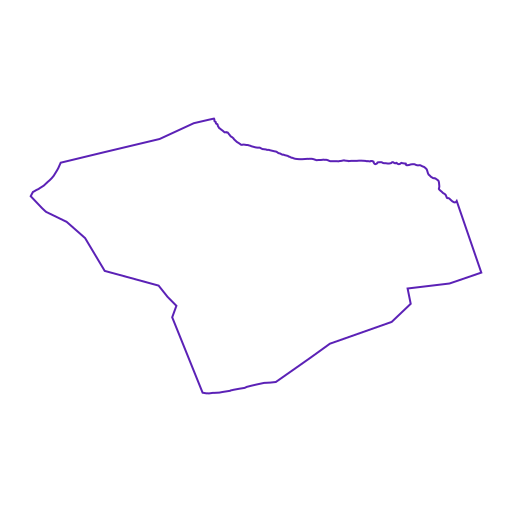 outline of Xo'xmorit, Govi-Altay, Mongolia
{"feature_id": "93677404B45004975907355", "entity_name": "Xo'xmorit", "entity_type": "district", "adm_level": 2, "iso_a3": "MNG", "parent_name": "Mongolia", "parent_adm1": "Govi-Altay", "projection": "natural_earth1", "projection_center": [94.596, 47.393], "detail": "fine", "context": "isolated", "style": "outline", "palette": "violet", "viewbox_px": 512, "rotation_deg": 0, "n_neighbors": 0, "source": "geoboundaries", "source_scale": "gbopen_adm2", "svg_char_len": 5996}
<svg xmlns="http://www.w3.org/2000/svg" viewBox="0 0 512 512"><path d="M456.7,201.0L456.5,201.3L456.1,201.8L455.8,202.1L455.3,202.3L454.9,202.3L454.5,202.4L454.1,202.3L453.9,202.2L453.5,202.0L452.8,201.6L452.2,201.2L451.7,200.8L451.3,200.4L450.7,199.9L450.2,199.4L449.8,199.0L449.2,198.5L448.7,198.2L448.4,198.1L448.1,198.1L447.8,198.1L447.4,198.1L447.1,198.0L446.9,197.8L446.8,197.7L446.7,197.5L446.7,197.3L446.3,196.4L445.8,195.3L445.6,194.8L444.9,194.2L444.6,193.9L443.3,193.2L442.8,192.8L442.0,192.0L441.6,191.6L440.7,190.9L439.5,189.8L439.1,189.3L438.9,189.0L438.9,188.6L439.1,187.8L439.3,186.8L439.3,186.4L439.3,186.1L439.0,182.8L438.8,181.8L438.7,181.4L438.5,180.9L438.3,180.6L437.9,180.3L437.6,180.0L437.0,179.6L435.6,178.6L435.1,178.3L434.9,178.3L434.6,178.3L434.5,178.2L434.1,178.3L433.7,178.2L433.2,178.1L432.7,177.9L432.4,177.7L431.8,177.3L430.8,176.7L430.4,176.2L429.5,175.3L428.7,174.7L428.0,173.4L427.4,171.4L427.0,170.1L426.6,169.2L426.1,168.7L425.5,168.1L424.8,167.5L424.0,166.9L423.1,166.6L422.4,166.3L421.7,166.0L421.0,165.6L420.4,165.3L419.8,165.2L419.4,165.2L418.7,165.3L418.1,165.3L417.5,165.3L416.5,165.1L415.7,164.8L415.1,164.5L414.6,164.3L414.1,164.2L412.6,164.2L411.7,164.3L410.8,164.4L409.0,165.0L408.3,165.1L407.6,165.2L407.1,165.2L406.6,165.2L406.3,165.0L405.8,164.6L405.8,164.2L405.8,163.8L405.8,163.6L405.5,163.5L404.7,163.5L403.1,163.3L401.6,163.0L401.4,162.9L401.2,163.0L400.7,163.3L400.3,163.7L399.6,164.0L399.2,164.1L398.8,164.1L398.3,164.1L397.4,163.7L397.0,163.4L396.7,162.9L396.4,162.8L396.1,162.9L395.7,163.2L395.3,163.3L394.8,163.2L394.5,163.1L394.0,162.8L393.6,162.6L393.3,162.3L392.8,162.2L392.3,162.2L392.0,162.3L391.4,162.9L391.1,163.1L390.7,163.2L389.9,163.4L389.2,163.5L388.6,163.5L387.6,163.5L386.3,163.3L385.5,163.2L384.1,163.2L383.5,163.1L382.8,162.9L382.2,162.5L381.3,162.2L380.7,162.2L380.0,162.2L378.4,162.3L378.0,162.3L377.6,162.5L377.4,162.6L377.3,162.8L377.2,163.2L376.9,163.5L376.5,163.7L376.1,163.9L375.6,164.1L375.2,164.1L374.9,164.0L374.6,163.8L374.2,163.4L373.9,162.9L373.6,162.3L373.5,161.6L373.3,161.5L373.0,161.5L372.9,161.4L372.5,161.1L372.3,161.1L371.3,161.0L371.0,161.0L370.8,161.0L370.6,161.1L370.4,161.3L370.2,161.4L369.9,161.4L369.5,161.4L368.7,161.2L368.3,161.2L367.4,161.2L367.2,161.1L366.7,161.2L366.4,161.1L366.2,161.1L365.3,160.9L364.7,160.9L364.0,160.8L361.9,160.7L360.1,160.7L358.7,160.7L357.5,160.8L356.6,160.9L355.9,160.9L355.0,160.9L354.4,160.9L352.7,160.9L351.0,160.9L349.6,161.0L348.8,161.1L348.4,161.1L348.1,161.0L348.0,160.9L347.7,160.9L347.0,160.8L346.7,160.8L346.1,160.7L344.9,160.6L344.4,160.4L343.8,160.4L343.4,160.4L343.0,160.5L342.2,160.7L341.2,160.9L340.4,161.0L340.0,161.0L339.3,161.1L339.0,161.2L338.7,161.3L338.3,161.3L336.7,161.2L335.6,161.2L334.8,161.2L333.4,161.2L332.8,161.2L331.9,161.2L330.3,161.2L329.6,161.0L329.2,160.9L328.4,160.4L328.0,160.3L327.6,160.2L327.2,160.0L326.3,159.8L324.3,159.8L323.6,159.7L323.1,159.7L321.8,159.9L320.4,160.0L318.6,160.0L317.5,160.1L317.1,160.1L316.8,160.2L316.5,160.1L316.1,160.1L315.7,159.9L315.2,159.7L314.6,159.6L314.0,159.3L313.6,159.2L312.3,158.9L311.6,158.8L311.4,158.8L310.4,158.8L309.3,158.8L308.2,158.9L307.2,158.8L306.5,158.9L305.0,159.0L302.2,159.2L301.4,159.2L300.7,159.2L299.9,159.2L298.1,159.1L296.1,158.9L295.3,158.8L294.5,158.6L293.9,158.4L293.3,158.2L292.9,158.0L292.5,157.8L292.0,157.8L291.5,157.7L290.9,157.4L290.6,157.3L290.2,157.1L289.8,156.8L289.5,156.7L288.8,156.6L288.5,156.4L288.3,156.3L288.1,156.1L287.8,155.9L287.4,155.8L287.0,155.7L286.5,155.6L285.8,155.4L285.2,155.3L284.3,155.0L283.6,154.7L283.2,154.7L282.8,154.7L282.5,154.7L282.2,154.6L281.8,154.4L281.2,154.1L280.7,153.8L280.4,153.6L280.0,153.5L279.7,153.4L279.0,153.3L278.1,152.9L277.7,152.6L277.2,152.2L276.7,151.9L276.4,151.7L275.9,151.6L275.1,151.4L274.4,151.3L273.2,151.0L270.2,150.3L269.5,150.1L269.0,149.9L268.6,149.9L268.1,149.9L267.2,149.9L266.8,149.8L265.8,149.4L265.4,149.4L264.5,149.3L264.0,149.2L263.0,149.1L262.7,149.1L262.3,149.0L262.1,148.9L261.4,148.5L260.7,148.2L260.1,147.8L259.8,147.7L259.5,147.7L259.1,147.6L257.9,147.7L257.5,147.6L257.1,147.6L256.4,147.5L255.2,147.3L254.2,147.0L252.7,146.6L251.9,146.4L251.2,146.2L250.5,145.8L249.7,145.6L248.9,145.4L248.1,145.1L247.2,145.0L246.4,145.0L245.3,144.8L244.6,144.7L243.8,144.6L243.4,144.6L243.0,144.6L242.2,144.8L241.9,144.8L241.5,144.8L241.0,144.7L240.7,144.5L240.1,144.0L239.5,143.6L238.5,142.9L238.1,142.7L237.0,142.0L236.8,141.9L236.5,141.6L236.2,141.3L235.3,140.5L234.6,139.8L234.1,139.4L233.8,139.0L233.6,138.5L233.3,138.2L233.0,138.0L232.7,137.7L232.3,137.3L231.4,136.8L230.7,136.3L230.2,135.7L229.7,135.0L228.9,134.1L228.5,133.5L227.8,132.6L227.7,132.5L227.4,132.4L227.2,132.4L226.9,132.5L226.7,132.5L226.5,132.4L226.4,132.3L226.4,132.2L226.2,132.1L225.9,132.2L225.3,132.3L224.9,132.4L224.7,132.3L224.3,132.1L223.4,131.3L222.7,130.7L220.8,129.3L220.3,128.8L219.9,128.5L219.6,128.4L219.3,128.2L219.0,127.8L218.6,127.1L218.0,126.2L217.8,125.7L217.7,125.2L217.6,124.7L217.5,124.4L217.4,124.3L217.2,124.1L216.9,124.0L216.4,123.8L216.2,123.6L216.0,123.4L215.9,123.2L215.8,122.7L215.8,122.2L215.7,122.0L215.5,121.9L215.1,121.6L214.9,121.5L214.7,121.3L214.5,121.1L214.4,120.7L214.4,120.3L214.4,120.0L214.3,119.3L214.2,119.0L214.0,118.6L213.9,118.6L208.9,119.7L193.8,123.2L159.6,139.0L104.2,152.2L60.7,162.7L58.3,168.1L57.2,170.1L53.7,175.8L51.7,178.2L49.7,180.2L47.4,182.2L43.8,185.6L40.8,187.5L39.5,188.3L38.6,189.0L36.6,189.9L35.7,190.4L34.6,191.1L32.9,192.0L30.7,196.2L41.9,208.0L45.3,211.2L45.6,211.4L46.1,211.9L66.7,221.9L85.1,238.1L91.8,249.3L104.7,270.9L158.6,285.6L167.5,296.8L176.4,305.8L172.2,317.3L202.6,392.7L206.1,393.3L209.1,393.4L212.6,392.9L213.9,392.9L219.4,392.6L222.4,392.0L230.1,390.8L230.8,390.4L232.3,390.1L233.5,389.8L239.5,388.7L244.6,387.9L245.7,387.4L246.7,386.9L251.4,385.7L256.6,384.5L264.1,382.9L270.2,382.6L275.8,382.0L303.8,362.4L312.3,356.4L329.9,343.7L391.7,321.9L410.7,303.8L407.6,288.5L449.5,283.5L481.3,272.6L456.7,201.0Z" fill="none" stroke="#5b21b6" stroke-width="2"/></svg>